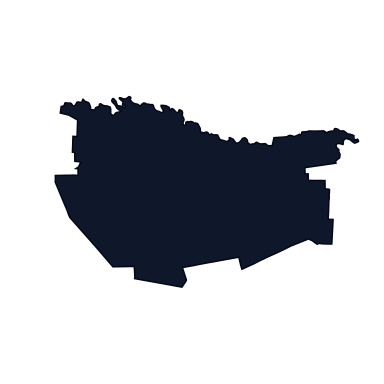 Sanmihaiu Roman, Timis, Romania, rotated 15°
{"feature_id": "2599482B8747692698997", "entity_name": "Sanmihaiu Roman", "entity_type": "district", "adm_level": 2, "iso_a3": "ROU", "parent_name": "Romania", "parent_adm1": "Timis", "projection": "robinson", "projection_center": [21.074, 45.699], "detail": "fine", "context": "isolated", "style": "filled", "palette": "ink", "viewbox_px": 384, "rotation_deg": 15, "n_neighbors": 0, "source": "geoboundaries", "source_scale": "gbopen_adm2", "svg_char_len": 5991}
<svg xmlns="http://www.w3.org/2000/svg" viewBox="0 0 384 384"><g transform="rotate(15 192 192)"><path d="M260.2,253.7L270.4,245.3L275.2,240.9L281.4,235.6L291.9,227.0L301.6,218.5L316.7,207.2L317.4,207.2L318.6,207.6L320.5,207.8L325.0,209.6L326.5,210.0L327.7,208.9L332.3,208.1L340.5,206.1L335.4,182.0L330.6,183.1L329.9,180.1L329.1,176.0L326.6,165.5L326.1,162.2L325.2,159.2L325.1,158.2L324.2,154.1L323.9,153.9L323.1,153.9L319.8,154.6L317.5,146.5L301.4,150.7L299.5,144.4L296.6,145.2L294.7,139.3L323.6,126.9L323.0,125.6L322.9,125.0L323.1,124.6L323.5,123.8L325.8,120.8L325.8,120.5L325.6,119.5L325.4,117.6L324.7,116.5L324.4,116.4L323.3,114.9L323.1,114.6L323.1,113.6L322.9,113.1L322.4,112.7L321.4,112.4L320.5,111.9L319.4,110.4L319.2,110.0L319.1,109.5L319.2,108.6L319.3,108.4L319.8,107.8L320.5,107.6L321.5,107.0L323.1,107.1L324.2,106.9L324.9,107.2L325.5,107.0L325.6,106.9L325.7,106.5L325.2,105.3L325.2,102.6L325.3,102.2L325.7,101.7L327.0,100.5L328.5,100.4L329.7,100.6L330.8,100.5L331.1,100.5L334.2,102.0L336.2,102.7L337.5,102.1L339.6,100.3L339.7,100.0L339.7,99.7L339.4,99.2L339.1,98.8L338.1,98.2L337.4,98.9L336.7,99.1L335.6,99.1L334.8,98.7L334.4,98.0L333.8,95.6L332.9,95.6L332.0,95.3L330.9,95.3L329.1,95.3L328.0,95.6L327.3,95.5L323.7,94.0L322.8,93.8L321.6,93.9L320.3,94.6L319.7,94.6L318.2,94.4L317.2,93.8L316.3,93.6L314.4,93.5L314.0,93.7L313.4,94.0L313.1,94.7L313.1,95.1L313.5,96.2L313.4,96.5L311.0,97.0L308.7,98.2L308.0,98.6L307.1,99.8L306.1,99.7L303.7,98.9L303.3,98.9L296.3,101.0L288.5,103.0L288.3,103.5L287.5,104.0L286.2,104.2L284.9,104.9L283.3,105.3L282.8,105.6L282.6,106.0L282.9,107.6L282.8,108.1L282.4,108.3L280.7,108.5L280.3,109.0L277.5,111.2L277.3,111.5L277.0,111.7L275.9,111.9L272.7,111.8L271.9,112.0L271.3,112.2L270.7,112.7L269.4,114.0L268.6,114.4L257.1,118.3L257.5,126.9L256.5,126.7L254.7,127.4L253.7,127.5L252.0,127.1L251.0,126.5L250.4,126.3L249.4,126.6L246.1,127.8L244.3,127.8L241.8,127.2L241.3,127.3L241.0,127.6L240.5,128.1L240.0,129.0L239.6,129.4L237.5,130.1L236.8,130.8L236.0,131.0L234.7,130.6L233.5,130.1L233.0,129.8L232.7,129.3L232.5,128.4L231.8,127.4L230.8,126.6L229.3,126.0L228.1,126.3L226.9,127.2L226.6,127.7L226.5,128.6L225.1,131.3L224.4,132.2L223.5,132.8L222.2,133.3L221.8,133.2L220.5,132.3L218.2,130.4L214.9,129.7L214.3,129.7L214.0,129.9L213.9,130.1L214.3,130.8L214.4,131.6L214.4,132.0L214.1,132.8L213.0,133.9L211.7,134.3L209.7,134.1L205.8,134.1L205.1,133.7L202.8,131.3L202.3,130.5L201.9,130.3L199.8,130.7L198.5,131.3L197.1,131.1L195.8,130.8L195.3,131.2L194.7,131.8L194.0,132.2L193.7,132.1L192.2,130.7L190.7,130.2L187.9,131.8L186.5,131.9L184.8,131.6L184.6,131.5L184.3,131.1L184.0,129.9L183.3,128.1L182.3,127.3L181.8,126.5L181.0,125.8L180.4,125.0L179.8,124.6L179.1,124.4L177.7,124.4L177.6,124.8L177.0,124.9L174.7,124.2L173.4,124.1L172.3,124.3L171.6,124.7L169.4,125.2L168.5,125.8L168.2,126.1L168.0,126.8L168.5,128.4L168.4,129.0L168.1,129.3L167.5,129.5L166.6,129.3L166.3,129.2L165.4,127.8L165.4,126.9L165.6,125.5L165.6,124.2L165.0,123.0L163.8,121.9L162.9,120.5L162.7,120.1L162.5,118.9L162.5,118.2L162.1,117.3L161.5,116.6L161.4,116.3L159.2,115.8L158.8,115.7L158.5,115.9L158.3,116.2L158.2,116.8L158.3,118.1L158.2,118.4L157.7,118.8L156.8,119.1L155.8,118.9L154.5,118.1L153.0,117.0L151.6,116.6L151.1,116.6L150.9,116.7L150.7,117.2L150.6,118.8L150.1,119.2L149.7,119.0L149.5,118.8L148.8,117.1L148.4,116.6L147.8,116.1L147.5,116.0L145.1,115.5L143.8,115.5L140.5,116.0L139.9,116.3L139.7,116.4L139.8,117.0L140.6,118.0L143.0,120.5L143.5,121.3L143.4,121.7L143.1,122.4L142.5,123.0L141.8,123.2L140.8,123.1L139.4,122.7L138.0,122.8L136.4,122.4L135.7,122.4L134.8,121.8L134.0,120.9L133.3,120.2L132.7,119.0L131.6,117.9L131.4,117.8L130.5,117.9L129.1,118.5L128.2,118.3L126.2,118.7L125.3,118.7L124.5,118.6L123.5,118.3L122.2,118.6L121.4,119.6L120.4,120.6L120.5,121.4L120.3,121.8L120.0,122.0L119.4,122.2L118.9,122.1L117.0,121.4L116.2,121.3L113.4,121.5L111.1,120.9L110.0,120.0L108.4,119.2L108.3,118.9L108.6,117.8L108.6,117.0L108.3,116.5L107.8,116.2L106.8,116.1L106.4,116.2L105.7,117.2L104.9,118.0L104.4,118.6L103.7,119.3L103.4,119.4L101.7,119.7L100.6,119.7L98.5,119.5L97.6,119.7L97.5,119.8L97.6,120.4L98.1,120.9L100.6,122.0L102.3,123.2L102.4,123.6L102.2,124.3L102.2,125.1L102.3,125.6L102.5,125.9L103.1,126.1L104.7,126.0L105.3,126.1L105.7,126.8L105.7,127.2L105.5,127.6L105.2,127.8L104.3,127.8L101.4,127.4L98.3,127.8L97.7,127.7L97.3,127.4L96.3,125.9L95.2,124.1L92.1,122.1L91.5,122.2L91.1,122.7L90.9,123.3L90.8,124.3L91.1,125.1L91.4,125.4L92.6,126.3L94.3,127.2L95.4,128.0L96.2,128.7L96.8,129.5L97.9,130.6L100.1,131.5L102.0,132.0L102.2,132.3L102.2,132.8L102.0,133.0L98.9,134.6L98.0,135.2L97.5,136.0L96.9,137.7L96.4,138.3L95.9,138.5L95.3,138.4L94.3,137.8L93.3,137.5L93.1,137.1L92.1,133.1L91.2,131.5L90.9,131.2L90.7,131.1L89.9,131.0L88.1,131.0L87.7,130.8L85.4,131.3L83.4,131.2L82.4,131.0L81.2,130.4L80.5,130.5L80.3,130.7L80.0,131.2L80.0,132.9L79.8,133.4L79.5,133.8L77.8,134.9L77.3,135.4L76.9,136.3L76.9,136.6L77.0,137.4L76.7,137.8L75.8,138.3L74.3,138.2L72.7,138.5L72.3,138.3L72.1,138.0L72.1,137.7L72.2,137.0L72.2,136.4L72.0,136.1L69.8,133.1L69.5,132.9L68.6,132.4L68.0,132.3L65.2,132.1L64.4,131.7L63.6,131.0L62.8,130.6L62.6,130.7L62.5,130.8L62.4,131.6L62.5,132.8L62.4,133.4L62.2,133.7L61.8,134.0L61.0,134.2L60.5,134.4L59.1,134.4L58.4,134.6L57.7,135.1L57.5,135.3L57.3,135.9L57.0,137.8L56.8,138.2L55.5,139.7L54.8,139.6L54.5,139.4L52.8,138.0L52.5,137.8L51.8,137.6L48.6,138.3L46.7,138.6L46.3,138.8L46.2,139.0L46.1,141.0L45.9,141.7L45.5,142.2L45.1,142.5L43.5,143.2L44.3,149.8L53.1,149.6L62.9,152.1L66.6,168.2L62.6,169.0L66.2,184.5L68.4,184.1L70.9,192.7L76.6,191.7L76.4,194.3L76.1,196.2L75.7,197.3L73.8,199.4L75.9,199.1L77.6,205.2L77.3,205.5L73.9,206.2L55.7,211.4L57.3,217.3L57.3,217.8L73.2,238.4L76.0,241.9L78.6,245.8L80.6,248.2L84.6,250.9L113.9,270.3L135.0,284.7L155.4,278.9L156.8,282.7L159.0,289.5L159.0,290.5L206.9,286.5L209.4,279.3L209.3,278.3L202.3,267.5L208.3,264.6L212.3,262.8L216.0,260.9L228.5,254.9L228.9,254.8L254.1,242.8L257.7,249.6L260.2,253.7Z" fill="#0f172a" stroke="#020617" stroke-width="1.5"/></g></svg>